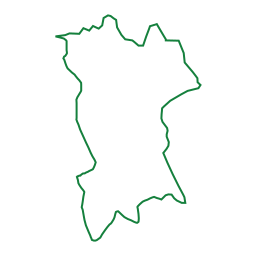 Al-Hilla, Babil, Iraq (Robinson projection)
{"feature_id": "34846034B12502380306420", "entity_name": "Al-Hilla", "entity_type": "district", "adm_level": 2, "iso_a3": "IRQ", "parent_name": "Iraq", "parent_adm1": "Babil", "projection": "robinson", "projection_center": [44.41, 32.357], "detail": "fine", "context": "isolated", "style": "outline", "palette": "green", "viewbox_px": 256, "rotation_deg": 0, "n_neighbors": 0, "source": "geoboundaries", "source_scale": "gbopen_adm2", "svg_char_len": 2385}
<svg xmlns="http://www.w3.org/2000/svg" viewBox="0 0 256 256"><path d="M183.7,53.0L178.7,40.7L165.8,40.4L165.8,39.3L164.1,36.5L160.6,30.6L156.8,24.1L152.7,25.4L150.0,26.2L149.1,28.8L146.2,36.5L143.1,45.6L138.5,45.6L134.0,41.7L132.3,40.4L125.2,39.3L121.4,34.9L117.1,27.4L116.1,19.9L113.7,18.4L110.6,16.0L108.0,15.4L103.6,18.0L102.2,25.4L98.7,28.6L97.5,28.1L93.0,26.0L89.2,30.6L83.4,28.2L79.3,33.8L69.5,33.4L65.3,35.1L58.5,36.0L55.5,36.4L60.1,37.5L63.8,38.5L66.0,40.2L66.6,41.1L66.6,44.3L66.6,47.7L66.6,50.2L66.9,52.2L66.9,53.4L66.5,54.1L65.3,55.9L64.1,56.6L63.4,58.4L64.3,59.8L65.5,63.5L66.5,66.2L67.6,68.4L71.9,72.5L74.6,74.6L75.6,76.0L77.6,78.5L79.3,80.3L81.1,82.8L81.2,84.7L81.2,88.2L81.2,90.7L80.5,92.1L79.2,94.2L78.4,95.6L77.4,97.2L76.4,99.7L76.6,103.1L76.6,106.9L76.6,109.8L76.6,111.9L76.6,114.5L76.6,115.9L76.6,118.1L76.4,119.5L77.2,121.8L78.5,124.7L79.4,127.4L80.2,129.7L81.5,132.6L82.7,135.2L85.9,142.3L88.4,147.5L90.7,152.8L92.5,156.4L94.5,159.7L95.7,162.3L94.9,164.9L93.9,167.3L92.9,169.2L92.2,169.6L89.0,171.1L87.9,171.8L86.1,172.5L84.7,173.4L82.9,173.5L81.2,174.7L80.4,175.6L79.3,175.6L78.3,176.2L77.5,176.3L76.9,176.9L77.9,180.0L78.4,183.2L79.5,185.2L81.3,187.9L83.2,190.2L84.2,191.7L84.3,192.1L83.4,196.6L82.7,201.6L82.2,204.8L81.7,207.2L82.7,209.8L83.8,216.2L84.5,220.0L85.9,225.3L87.1,228.2L88.8,232.3L90.2,235.4L90.7,236.8L90.7,237.0L91.4,238.4L91.9,239.9L93.9,240.6L95.4,240.6L96.8,240.1L100.3,237.6L102.1,234.4L105.1,230.1L107.5,226.9L109.6,224.4L110.7,223.7L111.7,222.5L113.6,219.4L114.5,217.3L115.3,214.0L115.9,212.0L117.2,211.4L118.2,211.3L122.3,215.2L124.4,217.1L127.8,219.0L131.1,220.3L134.2,221.9L136.3,222.7L137.2,222.8L138.4,221.9L138.6,221.1L138.8,218.4L138.5,214.0L138.0,210.4L137.8,208.8L137.4,207.0L137.7,206.4L139.6,204.4L141.7,202.5L142.8,201.6L144.9,200.6L147.5,199.7L150.0,198.4L152.4,197.4L154.1,196.9L156.8,198.0L159.3,198.7L161.4,199.5L165.6,195.3L168.4,194.4L171.6,194.6L174.2,198.3L176.8,200.5L181.8,202.9L185.3,202.9L184.4,197.2L183.2,194.7L178.5,185.9L172.7,174.2L167.4,162.7L163.3,153.0L166.6,148.8L168.4,145.8L168.8,142.1L166.7,136.7L166.7,134.3L167.6,130.8L167.1,128.0L162.5,121.9L161.4,118.4L161.6,114.2L161.9,111.1L162.1,108.3L164.0,106.4L170.2,100.8L173.6,98.8L181.3,94.3L187.6,90.9L198.4,88.2L200.5,85.0L198.0,82.6L197.6,82.2L197.4,78.2L195.8,76.0L192.8,72.1L184.7,62.5L183.7,53.0Z" fill="none" stroke="#15803d" stroke-width="2"/></svg>